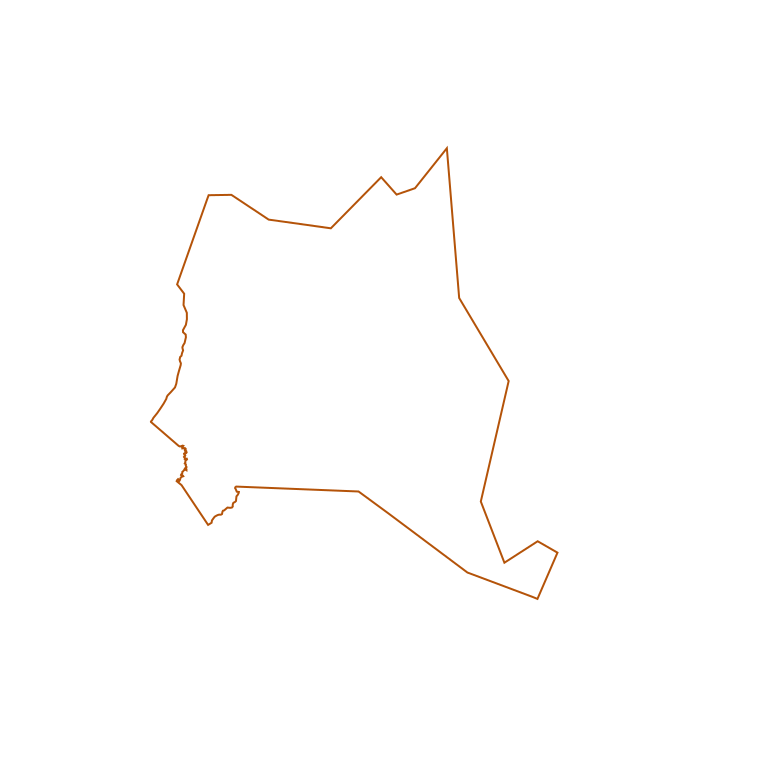 outline of Magwi, Eastern Equatoria, South Sudan, rotated 40°
{"feature_id": "79223893B80026525075144", "entity_name": "Magwi", "entity_type": "district", "adm_level": 2, "iso_a3": "SSD", "parent_name": "South Sudan", "parent_adm1": "Eastern Equatoria", "projection": "natural_earth1", "projection_center": [32.092, 3.938], "detail": "fine", "context": "isolated", "style": "outline", "palette": "amber", "viewbox_px": 768, "rotation_deg": 40, "n_neighbors": 0, "source": "geoboundaries", "source_scale": "gbopen_adm2", "svg_char_len": 2349}
<svg xmlns="http://www.w3.org/2000/svg" viewBox="0 0 768 768"><g transform="rotate(40 384 384)"><path d="M161.5,440.7L172.9,443.3L179.7,452.4L187.2,456.2L191.4,461.1L194.2,466.0L195.4,472.0L196.8,473.5L200.3,473.6L202.2,475.5L204.9,480.8L205.2,483.1L205.9,485.4L207.0,486.4L208.5,487.4L209.5,490.3L210.7,492.5L210.5,494.3L211.7,496.7L213.1,497.7L215.1,498.7L216.1,500.2L218.5,505.7L220.7,510.5L224.7,517.3L226.1,521.0L225.9,527.6L225.6,531.9L225.9,533.4L226.8,535.4L227.8,540.7L228.5,546.8L229.0,552.2L229.1,558.0L229.6,560.5L229.6,562.6L229.9,562.9L266.5,563.4L267.9,563.0L268.7,561.8L269.4,560.6L270.0,560.4L270.0,561.1L270.0,561.9L270.3,562.6L270.8,562.9L271.0,562.0L271.9,561.9L272.4,561.3L273.0,561.0L273.8,561.2L273.7,561.8L273.7,562.6L274.5,563.0L275.0,563.3L275.1,562.4L275.9,562.6L276.2,563.2L276.8,563.4L276.8,564.0L276.0,564.4L275.7,565.4L275.6,565.9L276.0,566.2L276.8,566.0L277.6,566.3L277.9,567.2L277.5,567.7L277.6,568.4L278.3,568.6L279.1,568.6L279.6,569.5L280.1,569.2L280.9,568.0L281.5,568.3L281.5,569.1L280.8,569.7L281.4,570.8L282.1,571.4L282.2,572.0L282.4,572.5L282.5,573.0L283.0,573.0L283.9,572.9L284.2,573.3L284.4,573.8L285.1,574.2L285.9,574.4L286.3,574.9L285.9,575.5L285.8,576.6L285.9,577.1L286.3,576.9L286.9,576.2L287.7,576.5L288.0,576.9L287.4,576.9L287.1,577.3L286.6,578.0L286.2,578.4L286.2,579.4L286.2,580.1L286.0,581.0L286.8,582.0L287.0,582.5L286.8,583.1L286.8,583.7L287.0,584.2L287.9,584.0L288.8,583.5L289.5,583.7L289.1,584.4L288.8,584.9L288.5,585.8L288.5,586.7L288.9,587.6L289.2,588.4L289.5,589.2L289.5,589.8L288.8,589.6L288.2,589.2L287.4,589.2L287.4,589.7L287.3,590.7L287.6,591.7L293.9,591.6L339.8,605.0L340.5,603.0L341.1,601.1L339.9,599.1L339.7,596.6L339.6,594.5L340.3,592.5L340.9,591.2L341.7,590.0L342.5,589.5L343.3,588.5L343.5,587.7L342.4,585.8L342.1,584.6L342.8,583.6L343.5,579.3L345.8,577.7L346.9,576.4L346.9,575.1L345.9,574.0L345.3,572.9L345.0,571.8L345.7,570.1L345.8,568.7L344.6,567.0L343.2,564.9L343.2,562.8L342.7,560.8L342.2,560.0L341.2,560.7L340.4,561.1L337.9,559.8L336.9,559.5L336.5,558.8L336.7,557.6L433.6,482.7L470.5,480.3L569.1,474.8L635.3,451.4L639.7,450.0L625.3,401.7L602.8,405.7L591.1,443.5L533.7,411.8L477.6,301.6L386.3,269.8L280.6,163.0L281.9,214.1L271.9,230.8L248.9,227.4L243.2,298.9L190.0,332.2L145.5,337.2L128.3,352.1L129.9,356.5L161.5,440.7Z" fill="none" stroke="#b45309" stroke-width="2"/></g></svg>